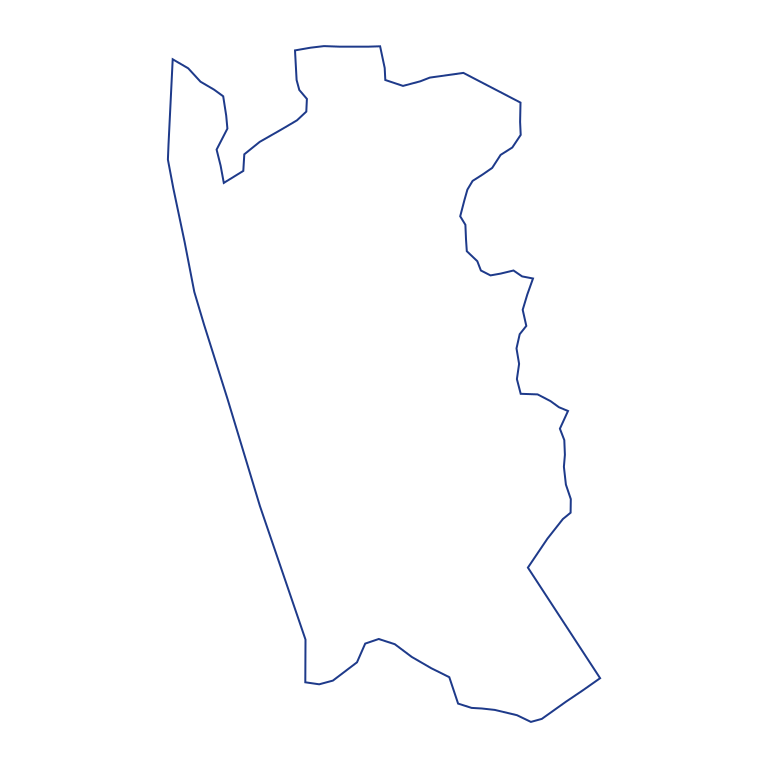 Agrestina, Pernambuco, Brazil
{"feature_id": "56859067B81432664711223", "entity_name": "Agrestina", "entity_type": "district", "adm_level": 2, "iso_a3": "BRA", "parent_name": "Brazil", "parent_adm1": "Pernambuco", "projection": "orthographic", "projection_center": [-35.937, -8.459], "detail": "fine", "context": "isolated", "style": "outline", "palette": "blue", "viewbox_px": 768, "rotation_deg": 0, "n_neighbors": 0, "source": "geoboundaries", "source_scale": "gbopen_adm2", "svg_char_len": 1365}
<svg xmlns="http://www.w3.org/2000/svg" viewBox="0 0 768 768"><path d="M463.4,72.9L429.8,77.6L420.3,81.3L403.0,85.9L385.3,80.0L384.7,68.0L380.1,46.3L367.2,46.7L356.0,46.7L340.5,46.7L324.0,46.1L310.5,47.7L295.0,50.4L296.6,80.0L299.3,90.0L306.9,98.9L306.3,111.6L297.0,120.3L281.2,129.6L259.8,141.8L244.3,154.3L243.3,170.9L223.8,182.9L220.6,165.6L216.6,149.6L227.4,128.6L226.2,115.6L223.2,96.3L214.0,89.6L200.5,81.7L188.2,68.3L172.7,59.3L168.5,144.7L167.9,159.6L173.3,188.2L184.6,241.9L194.3,291.9L204.1,324.8L227.5,398.9L259.9,506.0L305.5,639.6L305.3,682.3L319.2,684.3L332.9,680.6L357.0,662.3L365.2,643.6L378.7,639.0L394.8,644.2L411.7,656.9L431.2,668.2L449.3,677.2L458.1,703.6L471.6,707.9L481.9,708.5L494.7,709.9L517.0,715.2L530.9,721.9L541.8,718.9L566.1,701.6L583.0,690.2L600.1,678.2L527.9,567.6L547.4,538.7L562.9,519.0L570.6,512.7L570.8,499.1L565.9,484.6L563.9,466.8L564.9,454.8L564.3,440.1L559.9,428.7L568.0,411.0L558.9,407.2L550.5,401.1L537.6,394.4L520.7,393.8L516.9,379.1L519.1,363.9L516.5,348.4L519.7,334.2L526.3,325.9L522.7,309.8L527.3,294.5L533.0,278.5L522.1,276.4L513.5,270.5L500.6,273.6L490.5,275.4L480.9,270.5L477.3,261.2L466.8,251.2L466.0,239.2L465.4,224.8L460.2,216.3L464.4,200.2L467.4,189.6L472.6,180.9L482.5,174.6L492.2,167.9L500.6,154.9L512.3,147.5L520.7,134.9L520.1,121.9L520.5,102.6L463.4,72.9Z" fill="none" stroke="#1e3a8a" stroke-width="2"/></svg>